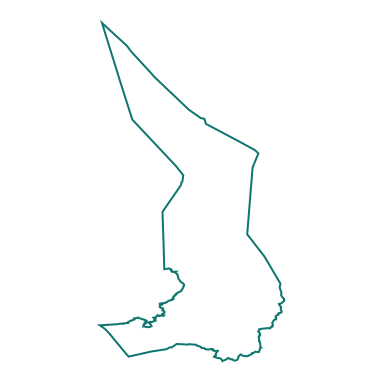 Hamar nor, Hedmark, Norway
{"feature_id": "86288312B93894082847731", "entity_name": "Hamar nor", "entity_type": "district", "adm_level": 2, "iso_a3": "NOR", "parent_name": "Norway", "parent_adm1": "Hedmark", "projection": "equal_earth", "projection_center": [11.19, 61.003], "detail": "fine", "context": "isolated", "style": "outline", "palette": "teal", "viewbox_px": 384, "rotation_deg": 0, "n_neighbors": 0, "source": "geoboundaries", "source_scale": "gbopen_adm2", "svg_char_len": 5939}
<svg xmlns="http://www.w3.org/2000/svg" viewBox="0 0 384 384"><path d="M258.4,153.4L254.9,150.1L240.8,142.4L206.0,123.9L204.4,118.9L200.5,117.9L188.8,109.7L179.6,100.9L154.1,76.7L150.5,72.5L131.4,51.8L128.0,47.3L127.1,46.0L102.0,23.0L120.3,81.9L132.3,119.6L175.9,166.0L182.2,173.9L183.3,175.3L182.4,181.5L181.6,182.2L180.8,185.4L162.5,211.8L163.8,251.8L164.3,269.2L165.2,269.0L167.4,268.8L168.6,268.3L169.8,268.9L170.5,269.0L171.6,269.8L171.9,270.6L171.2,270.8L171.6,271.3L171.6,271.6L172.0,271.6L173.5,272.1L174.2,271.8L175.2,271.7L175.6,271.7L175.3,271.9L175.4,272.3L175.6,272.7L175.6,273.1L176.0,273.3L176.9,273.6L177.0,274.0L177.1,274.5L177.7,275.0L177.8,275.9L177.7,276.3L178.2,277.1L178.2,277.5L178.2,278.1L178.6,278.6L178.6,278.9L178.8,279.3L179.4,279.8L179.8,280.7L180.6,281.4L180.8,281.8L180.9,282.0L181.0,282.2L183.1,283.3L183.5,283.8L183.7,284.2L184.0,284.3L184.1,284.6L184.2,285.2L184.1,285.5L183.7,285.7L183.5,286.1L183.5,286.8L183.3,287.3L181.7,290.1L181.4,290.3L181.4,290.7L181.3,290.9L181.1,291.1L180.9,291.3L179.6,291.6L179.2,292.1L178.7,292.4L177.5,292.7L176.6,293.2L176.4,293.5L176.6,293.9L176.6,294.1L176.1,294.6L175.1,294.7L174.9,294.8L174.8,295.1L175.0,295.5L174.7,295.9L174.5,296.0L173.6,296.4L173.2,296.7L173.1,297.6L173.2,298.0L173.3,298.4L173.7,298.6L173.7,298.8L172.6,298.9L172.3,299.1L172.1,299.4L171.9,299.4L171.9,300.1L170.3,300.3L170.0,300.2L167.8,301.3L167.3,301.8L166.6,302.0L166.4,302.2L165.9,302.4L166.0,302.4L165.8,302.6L165.1,302.8L165.1,303.0L164.6,303.1L163.3,303.1L162.9,303.2L162.4,303.1L161.5,303.3L162.1,303.5L161.2,303.6L161.4,303.7L162.1,304.6L161.0,304.9L160.6,304.5L160.1,304.7L160.2,304.8L160.2,305.3L159.7,306.5L159.7,306.9L159.8,307.2L160.6,307.7L160.9,307.6L161.2,307.9L161.7,308.0L163.1,308.5L162.9,309.2L162.4,310.2L162.9,310.2L163.1,310.3L162.9,310.5L163.0,310.6L164.2,311.5L164.5,311.8L164.6,312.1L164.6,312.4L164.4,312.8L162.1,314.0L161.9,314.6L162.1,314.7L162.6,314.9L164.2,315.3L164.1,315.5L163.2,316.0L161.7,315.4L160.4,315.6L160.1,315.9L159.5,316.1L159.0,315.8L159.1,315.7L158.7,315.4L158.4,315.5L158.6,315.7L158.2,315.8L158.1,315.6L157.6,315.2L156.9,315.7L156.5,316.4L156.0,317.0L155.1,317.4L153.5,317.7L153.8,318.0L154.2,318.0L154.2,318.6L154.6,318.8L155.1,318.5L155.6,318.9L154.2,320.3L154.3,320.6L155.0,320.9L151.2,322.2L150.0,321.9L149.6,322.1L150.2,322.5L149.4,322.7L149.1,322.9L149.7,323.6L150.2,324.1L150.4,324.3L151.6,326.1L150.9,326.5L150.5,326.6L149.3,327.2L146.6,327.0L144.3,326.5L143.8,326.1L143.6,326.2L143.8,325.6L143.4,325.6L143.5,324.8L143.8,324.5L145.4,323.5L144.9,323.2L145.9,322.5L145.8,322.4L146.6,322.4L146.5,322.6L146.6,322.4L147.2,322.3L146.8,322.0L146.5,321.6L145.7,320.8L146.2,320.5L145.7,320.2L143.9,319.6L141.9,319.0L140.8,318.6L139.2,318.2L138.0,317.5L137.7,317.6L137.1,318.0L134.4,318.4L134.6,318.6L134.6,319.0L134.6,319.4L132.6,320.1L131.6,320.6L131.4,320.6L131.3,320.8L130.2,320.7L128.9,321.9L128.4,322.2L128.0,322.2L128.1,323.0L123.3,323.4L123.4,323.7L121.0,323.7L119.3,323.8L117.6,324.2L115.9,324.3L99.8,325.3L103.5,327.8L105.8,329.8L107.5,331.5L111.6,336.2L113.5,338.6L126.9,354.7L128.7,356.6L151.4,351.5L166.5,349.2L169.9,347.3L171.0,347.5L171.8,347.4L176.6,344.0L188.3,344.6L188.5,344.4L189.2,344.1L192.5,344.5L196.1,344.7L196.5,345.0L196.6,345.5L196.8,345.6L200.1,346.5L201.0,347.1L201.1,347.5L201.5,347.8L202.3,348.2L203.8,348.1L204.5,348.3L204.9,348.7L205.0,349.0L208.1,349.6L209.2,349.5L210.8,349.0L211.4,348.9L213.3,349.3L213.4,349.6L212.9,349.9L212.6,350.2L212.7,350.4L213.2,350.6L215.2,350.9L215.6,351.1L216.2,351.1L217.2,350.7L217.8,350.8L217.7,351.3L217.4,351.6L217.0,351.8L216.9,352.0L216.2,353.1L215.6,354.2L216.1,355.1L216.0,355.3L215.2,355.7L214.4,356.2L214.0,356.8L217.6,358.0L219.9,358.3L220.9,358.7L221.1,359.0L221.4,359.3L221.9,360.0L222.3,361.0L222.5,360.8L223.8,360.5L225.7,359.7L227.0,358.9L227.4,358.5L228.1,358.1L228.4,358.0L228.8,358.1L229.0,358.4L229.8,358.8L230.5,359.4L230.9,359.4L231.6,359.1L232.2,359.2L232.8,359.6L233.4,360.3L233.7,360.4L234.5,360.6L236.1,360.3L236.7,360.1L237.2,359.9L237.8,358.8L238.0,358.1L238.2,357.9L238.2,357.6L238.4,357.3L238.5,357.2L238.4,356.8L238.5,356.3L240.3,354.8L240.5,354.5L240.9,354.4L242.4,355.6L243.2,355.9L246.7,356.3L248.2,355.9L248.2,355.6L248.7,355.4L249.4,355.2L252.0,354.0L252.1,353.5L252.0,353.2L253.9,352.8L254.9,351.9L255.1,351.7L258.7,352.1L259.9,349.6L259.8,349.3L259.9,348.5L260.2,348.1L260.2,347.7L260.5,347.4L260.8,347.4L260.6,347.2L260.4,346.3L260.3,344.6L260.1,343.9L260.2,343.2L259.8,342.4L259.7,341.3L259.0,341.2L259.1,338.2L258.9,338.1L258.9,337.7L258.6,337.2L258.7,336.9L259.4,336.3L259.3,335.9L259.3,335.6L259.9,335.3L260.2,335.0L259.6,334.6L259.5,334.4L259.9,333.8L259.6,332.7L258.3,331.8L258.2,331.5L258.5,331.1L258.8,330.7L259.2,330.4L259.4,330.0L258.8,329.5L258.3,329.4L260.0,329.2L262.8,328.6L265.9,328.4L267.2,328.1L270.4,328.3L270.6,327.4L270.9,327.0L272.5,326.6L272.5,326.3L272.3,325.8L272.4,325.6L273.0,325.2L272.9,324.8L272.7,324.6L272.6,323.9L272.2,322.7L272.9,321.9L273.5,320.6L274.0,320.2L274.4,319.7L275.3,319.3L276.1,319.3L276.0,318.9L276.1,318.5L276.2,317.7L275.6,317.1L275.6,316.8L275.7,316.5L276.1,315.9L277.3,315.0L278.4,314.7L278.1,313.8L278.2,313.6L279.2,313.0L281.3,312.6L281.5,312.0L281.6,311.4L281.6,311.2L281.5,310.9L281.1,310.6L280.7,309.3L280.8,309.1L281.0,308.1L280.9,307.9L281.0,307.7L281.0,307.0L280.8,306.7L280.7,306.5L280.2,306.3L280.0,306.0L279.9,305.8L279.8,305.2L279.2,304.6L279.0,304.3L278.9,304.0L280.4,303.5L281.7,303.2L282.0,302.8L282.5,302.3L283.4,301.5L284.1,301.0L284.2,300.6L283.8,299.8L283.9,299.5L284.1,299.3L283.9,299.0L283.8,298.6L281.8,296.5L281.6,295.8L281.3,295.5L281.3,295.1L281.1,294.6L281.3,294.1L281.3,293.8L281.2,293.2L281.4,292.5L281.4,292.1L280.8,291.0L280.6,290.3L280.2,289.4L280.2,289.0L279.6,287.4L279.9,286.7L279.9,286.4L279.9,286.2L279.9,285.8L280.2,285.2L280.1,284.8L280.5,283.9L280.4,283.6L264.5,256.6L247.2,234.3L252.6,167.5L258.4,153.4Z" fill="none" stroke="#0f766e" stroke-width="2"/></svg>